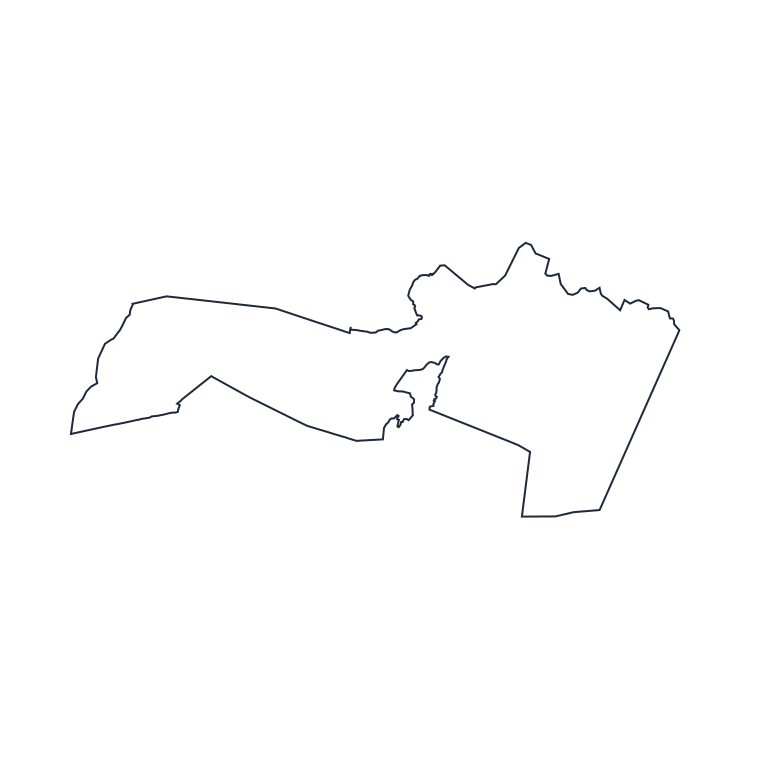 Teotitlán de Flores Magón, Oaxaca, Mexico, rotated 218°
{"feature_id": "50627088B97187962703105", "entity_name": "Teotitlán de Flores Magón", "entity_type": "district", "adm_level": 2, "iso_a3": "MEX", "parent_name": "Mexico", "parent_adm1": "Oaxaca", "projection": "natural_earth1", "projection_center": [-97.095, 18.119], "detail": "fine", "context": "isolated", "style": "outline", "palette": "slate", "viewbox_px": 768, "rotation_deg": 218, "n_neighbors": 0, "source": "geoboundaries", "source_scale": "gbopen_adm2", "svg_char_len": 4822}
<svg xmlns="http://www.w3.org/2000/svg" viewBox="0 0 768 768"><g transform="rotate(218 384 384)"><path d="M409.2,514.9L412.6,511.9L412.5,503.4L412.8,501.1L413.3,501.0L413.5,500.8L413.6,500.3L413.2,499.5L413.3,499.3L413.5,499.3L414.7,499.6L415.1,499.5L415.3,499.2L415.5,498.5L415.5,498.2L414.9,497.5L414.9,497.3L415.4,496.8L415.5,496.8L416.4,496.7L416.5,496.6L416.7,496.3L417.6,495.9L417.9,495.8L418.8,495.0L421.0,493.2L421.2,492.6L421.8,491.7L422.2,491.4L422.3,491.4L422.4,490.5L422.6,487.1L423.3,486.0L423.4,485.9L423.5,485.6L423.8,484.3L423.6,482.4L423.4,481.6L422.8,480.1L422.3,478.3L421.8,474.3L419.4,468.7L419.2,468.5L419.1,468.4L418.4,468.1L414.8,466.8L414.5,466.8L412.6,467.1L411.6,466.8L411.4,466.6L410.2,464.8L408.3,465.0L407.9,464.7L407.1,464.2L407.1,463.1L406.9,462.8L406.3,462.0L405.7,461.9L404.1,460.7L401.6,459.3L400.2,458.5L399.9,458.5L399.4,458.9L398.6,459.7L397.2,460.2L396.4,460.5L395.4,460.1L394.9,459.5L394.6,458.2L395.2,457.6L396.1,456.7L396.3,456.2L396.1,454.7L396.0,454.1L396.6,451.9L396.5,451.7L396.1,451.1L395.9,451.0L395.3,451.3L395.2,451.2L397.3,444.4L398.2,443.5L398.8,442.9L401.6,440.0L401.9,439.7L402.9,438.5L403.7,437.2L404.2,436.5L405.1,434.2L406.0,432.2L407.9,431.0L410.1,430.4L411.5,430.4L412.0,430.4L413.3,430.2L413.8,430.1L414.4,430.0L414.7,429.7L415.0,429.3L415.6,428.9L416.1,428.9L418.7,425.7L420.2,423.8L421.6,422.2L422.1,419.6L422.6,419.2L426.0,416.1L429.7,414.8L431.0,413.9L434.8,411.7L439.2,409.4L442.9,406.8L444.0,406.5L444.2,406.8L444.3,407.0L445.4,408.5L442.4,403.0L445.7,401.8L447.6,401.1L448.4,400.8L448.9,400.7L472.2,392.3L516.0,376.7L583.9,334.9L609.3,319.2L631.5,292.4L630.9,292.0L629.3,285.8L627.0,281.9L628.0,277.3L626.5,270.8L625.3,264.3L625.2,256.9L625.1,253.3L626.4,250.7L628.6,243.8L624.9,228.0L615.3,212.1L610.5,208.1L613.2,201.6L613.9,195.0L612.3,187.0L612.8,179.8L611.1,171.3L605.6,161.7L599.9,151.9L577.5,178.9L576.8,179.7L570.5,187.1L569.8,187.7L569.4,188.2L563.7,194.9L556.0,204.2L555.4,204.6L554.5,206.0L553.8,206.9L553.2,207.8L552.6,208.3L551.5,209.4L551.0,209.8L550.6,210.3L549.8,211.2L548.0,213.2L546.9,215.7L544.9,217.5L543.2,219.2L542.4,220.0L541.1,221.6L539.5,223.4L537.4,226.0L536.2,227.5L535.9,228.2L535.6,228.4L535.3,228.7L534.1,230.0L533.4,231.0L532.5,231.7L532.3,231.8L531.4,232.6L531.2,232.6L530.1,233.9L529.3,235.0L529.8,236.1L530.7,237.7L531.2,239.5L531.9,241.6L533.2,241.4L534.9,241.2L534.2,243.7L533.8,246.2L533.5,248.8L533.4,249.0L533.2,249.6L525.0,283.8L490.3,289.3L480.3,291.0L448.1,297.6L434.5,300.4L430.5,301.2L419.3,303.6L417.9,304.1L416.4,304.6L415.1,305.2L412.3,306.2L406.9,308.3L405.5,308.8L404.2,309.4L402.9,309.9L401.6,310.4L400.3,310.9L399.0,311.4L397.7,311.9L396.3,312.4L392.1,314.0L388.9,315.3L385.9,316.4L383.7,317.3L381.9,318.1L380.3,318.6L378.8,319.1L377.1,319.8L375.5,320.4L374.7,320.7L370.6,322.3L369.8,323.0L367.5,325.1L365.1,327.1L363.7,328.4L362.4,329.5L361.1,330.7L359.9,331.7L358.8,332.7L358.0,333.4L356.8,334.4L356.5,334.7L354.3,336.6L350.8,339.7L356.9,349.3L357.6,353.8L357.2,355.0L357.0,356.5L357.3,358.1L357.5,359.8L356.8,361.5L354.9,363.0L354.3,367.7L354.2,367.8L352.8,367.8L352.6,365.6L351.9,364.3L350.2,365.0L347.4,358.9L346.0,358.9L345.8,359.0L345.9,361.9L347.1,364.6L345.9,365.6L346.2,366.2L346.5,368.8L345.2,369.8L344.9,370.1L344.5,370.4L342.3,370.7L342.0,377.2L342.5,377.5L345.8,381.5L349.3,385.2L348.8,387.5L350.7,390.2L351.5,390.6L355.0,390.5L356.7,391.8L357.8,392.6L362.2,390.7L365.2,389.4L366.3,388.4L367.7,387.3L372.1,385.2L373.2,387.5L373.6,391.0L373.7,391.6L374.5,409.1L372.5,409.4L370.4,411.3L369.2,412.8L364.2,417.4L362.6,419.7L362.4,421.0L362.3,423.9L362.4,425.3L362.4,425.6L362.1,426.6L361.7,428.4L361.6,428.8L360.2,430.5L357.8,431.5L356.4,432.1L355.2,432.0L353.5,432.5L352.9,433.3L353.2,434.7L353.6,437.0L353.5,437.9L353.4,438.8L353.2,440.9L352.2,443.8L350.0,445.1L349.8,441.7L349.1,440.5L346.7,431.7L346.3,430.6L345.5,428.9L345.7,426.7L345.3,423.1L343.0,422.4L341.6,418.8L341.7,417.5L340.5,413.7L339.1,412.0L337.6,409.6L337.1,407.2L336.0,406.3L334.5,406.4L334.2,405.5L334.1,404.4L335.0,403.2L334.5,401.5L333.3,401.9L332.8,398.6L331.5,397.3L333.8,394.6L333.7,393.7L332.4,391.8L249.0,416.1L243.2,417.7L240.5,418.5L227.1,420.4L193.7,364.4L167.4,385.2L155.6,399.8L136.5,417.4L184.1,607.4L184.5,608.3L192.1,609.7L194.5,612.4L196.6,613.5L199.1,611.7L204.8,616.1L213.0,614.0L218.9,609.0L221.3,606.0L223.3,606.6L224.4,609.2L234.7,607.0L236.6,604.9L239.5,598.9L246.2,598.3L243.3,587.5L260.8,588.6L266.2,587.9L268.6,588.6L273.4,592.5L275.3,587.3L279.2,583.4L282.6,582.9L284.5,583.6L287.6,580.5L287.6,575.2L290.2,570.4L294.4,568.3L306.3,571.6L314.2,578.3L318.9,572.0L322.1,569.9L324.8,570.3L330.8,584.2L345.0,580.2L353.6,584.1L359.2,582.5L361.5,574.3L355.3,544.0L357.2,531.6L360.2,529.3L360.2,529.2L371.3,516.5L371.2,515.2L378.8,513.9L409.2,514.9Z" fill="none" stroke="#1e293b" stroke-width="2"/></g></svg>